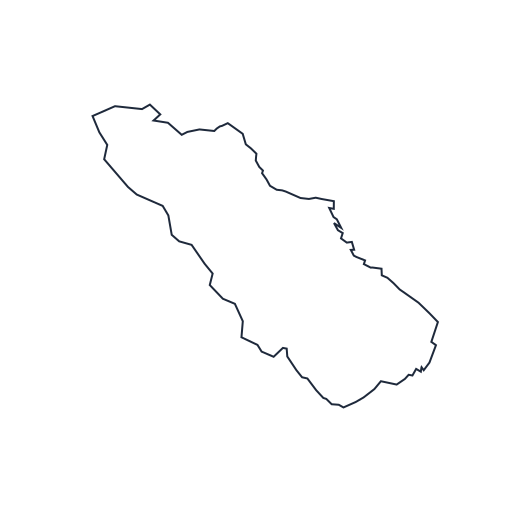 Malësi e Madhe, Shkodër, Albania (Albers equal-area conic projection), rotated 288°
{"feature_id": "67620474B62137861373373", "entity_name": "Malësi e Madhe", "entity_type": "district", "adm_level": 2, "iso_a3": "ALB", "parent_name": "Albania", "parent_adm1": "Shkodër", "projection": "albers", "projection_center": [19.601, 42.395], "detail": "fine", "context": "isolated", "style": "outline", "palette": "slate", "viewbox_px": 512, "rotation_deg": 288, "n_neighbors": 0, "source": "geoboundaries", "source_scale": "gbopen_adm2", "svg_char_len": 1529}
<svg xmlns="http://www.w3.org/2000/svg" viewBox="0 0 512 512"><g transform="rotate(288 256 256)"><path d="M373.6,188.1L369.2,183.4L368.1,181.6L365.1,179.3L362.0,177.7L358.9,163.1L352.8,152.4L348.3,147.9L355.5,131.1L353.2,116.7L361.1,121.2L367.2,108.3L360.5,102.2L354.9,75.6L338.6,57.3L325.2,68.8L315.7,80.2L301.1,81.7L282.1,112.9L277.6,123.6L274.8,151.8L267.5,160.1L250.1,169.3L246.2,178.4L246.7,191.3L232.7,209.6L225.9,220.2L214.1,221.0L205.1,237.7L204.0,250.7L189.9,263.6L174.2,267.3L171.9,284.9L166.8,290.9L165.6,303.9L176.9,310.0L177.4,313.8L170.1,316.8L159.9,329.7L154.9,337.3L155.4,342.7L146.9,354.8L141.8,363.9L141.8,367.0L138.4,373.8L140.1,380.7L139.0,386.0L147.9,395.9L154.7,402.0L166.0,409.7L175.5,413.5L177.2,429.5L185.1,435.6L190.2,437.9L190.7,441.7L198.1,443.2L196.9,448.5L201.2,447.8L201.4,447.8L199.2,450.8L208.2,453.9L226.8,454.7L228.5,449.3L249.4,449.4L255.1,438.7L261.8,425.0L265.8,412.1L268.6,402.9L272.6,395.3L275.9,387.7L276.5,381.6L282.7,379.3L281.0,370.2L280.4,368.7L281.6,361.1L285.5,361.1L286.1,351.9L286.6,348.9L291.1,344.3L292.3,347.4L299.0,342.8L296.8,338.2L299.0,331.4L304.6,331.4L305.8,326.0L311.4,320.0L309.1,328.3L315.9,321.5L317.0,317.7L324.3,310.8L324.9,315.4L332.2,313.1L330.5,300.9L329.9,294.8L326.6,288.7L324.9,280.4L326.5,264.4L326.5,260.8L326.5,260.6L325.4,255.2L327.1,247.6L332.1,242.3L336.6,236.2L339.4,236.2L341.7,231.6L346.7,226.3L350.0,225.5L353.4,224.8L356.8,217.9L358.9,212.2L359.2,211.7L368.1,205.6L372.5,191.7L373.6,188.1Z" fill="none" stroke="#1e293b" stroke-width="2"/></g></svg>